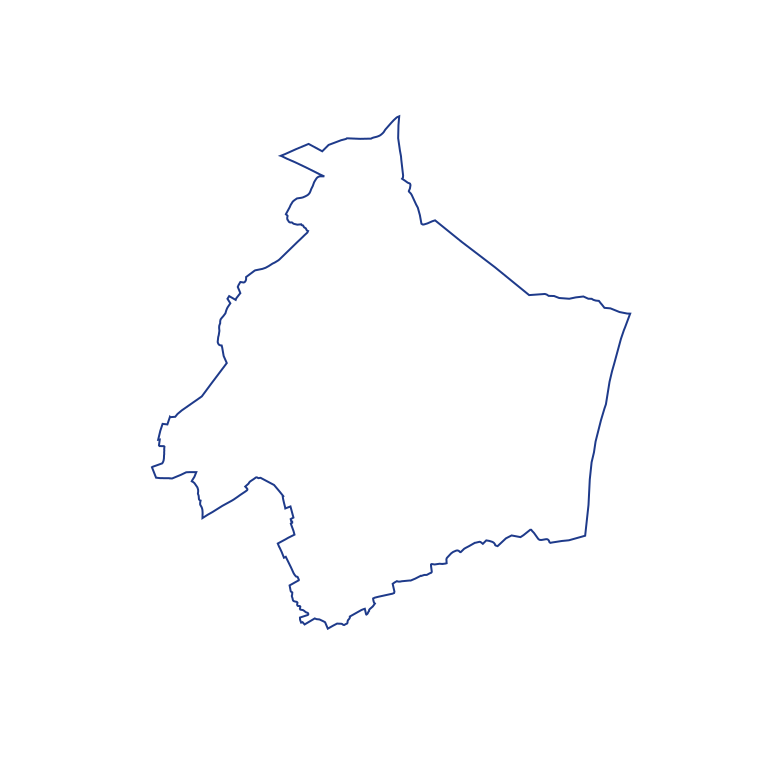 Chau Thanh, Hau Giang, Vietnam (Equal Earth projection), rotated 52°
{"feature_id": "81297802B83209776142835", "entity_name": "Chau Thanh", "entity_type": "district", "adm_level": 2, "iso_a3": "VNM", "parent_name": "Vietnam", "parent_adm1": "Hau Giang", "projection": "equal_earth", "projection_center": [105.811, 9.921], "detail": "fine", "context": "isolated", "style": "outline", "palette": "blue", "viewbox_px": 768, "rotation_deg": 52, "n_neighbors": 0, "source": "geoboundaries", "source_scale": "gbopen_adm2", "svg_char_len": 6153}
<svg xmlns="http://www.w3.org/2000/svg" viewBox="0 0 768 768"><g transform="rotate(52 384 384)"><path d="M182.4,207.2L181.9,209.0L181.8,210.2L182.1,214.0L182.7,217.7L184.3,226.2L184.7,227.4L185.3,229.0L185.6,230.7L185.7,232.9L185.6,234.5L185.2,236.0L184.7,237.5L183.4,240.4L182.9,241.8L182.7,243.1L176.1,251.9L167.6,261.9L167.5,262.3L167.5,263.1L165.5,267.7L161.5,280.5L162.6,289.4L148.4,295.6L144.9,308.3L141.9,320.5L140.6,324.9L141.5,324.3L146.5,321.9L154.6,317.5L162.6,313.5L165.0,312.3L179.1,305.6L183.7,303.2L183.1,303.8L181.0,306.5L180.4,307.8L180.2,309.3L180.4,310.6L181.2,312.9L182.0,314.9L184.1,318.2L185.5,321.2L186.8,323.3L187.6,324.8L188.0,326.4L188.1,327.9L187.7,330.4L187.0,333.1L186.3,334.6L184.2,338.3L184.0,341.5L184.1,343.6L185.5,347.4L186.6,349.4L189.8,356.8L191.3,356.5L192.2,356.5L193.1,357.6L193.9,358.3L195.0,358.9L195.8,358.8L197.4,359.1L198.2,358.9L199.0,358.5L199.6,357.5L200.4,356.9L201.1,356.9L202.2,356.5L205.1,354.2L207.2,350.9L208.0,351.1L208.4,350.9L208.7,350.5L209.3,350.2L211.3,350.5L213.2,349.8L215.2,350.2L216.3,350.0L216.7,349.7L217.5,351.2L217.8,355.1L218.4,360.6L218.8,365.0L221.5,389.8L221.5,391.3L221.0,395.5L220.5,397.7L220.1,402.2L219.5,405.8L218.4,409.0L215.1,415.6L215.0,416.7L214.8,426.8L216.7,428.3L217.5,429.5L217.9,430.9L217.7,432.0L215.2,434.4L216.5,437.7L217.5,439.5L218.7,439.8L222.4,440.8L224.0,441.3L224.2,442.4L225.4,447.2L225.7,448.0L226.4,449.1L219.4,451.9L220.5,454.9L225.8,455.4L227.3,460.0L227.9,461.3L228.9,463.0L230.7,465.5L231.6,468.9L232.0,471.1L232.5,473.0L233.3,474.0L234.2,474.9L235.2,475.6L236.3,477.4L236.8,478.1L238.3,479.4L240.8,481.0L243.8,484.2L244.9,485.7L248.5,489.2L250.1,489.8L251.6,489.8L252.9,489.1L253.7,488.2L255.9,489.2L263.2,493.1L270.7,495.0L277.5,520.4L277.7,521.1L281.6,535.2L280.3,559.6L280.5,565.2L281.3,568.7L278.7,572.6L278.3,572.9L278.1,572.9L282.5,579.6L279.1,583.0L283.1,589.0L288.9,596.3L289.7,594.9L293.8,599.1L294.7,599.1L297.5,595.7L298.2,595.6L300.2,597.5L300.8,597.8L302.6,599.4L304.0,600.4L304.5,601.0L307.1,603.2L308.5,604.7L309.3,605.9L310.0,607.6L307.9,614.0L306.8,617.2L306.7,618.1L317.5,621.3L320.4,618.3L326.4,610.8L326.6,610.8L328.0,609.1L330.5,600.1L331.8,594.2L333.8,591.4L337.9,586.2L340.4,590.5L341.8,594.4L342.3,595.4L343.9,594.7L345.4,594.4L347.3,594.5L350.6,594.7L352.9,595.6L353.6,596.1L354.5,596.8L355.9,598.2L357.3,598.6L358.2,599.0L360.0,600.2L361.0,600.8L361.9,600.8L362.7,600.7L363.0,600.4L364.2,601.8L364.9,602.4L365.7,603.0L366.3,603.2L368.5,603.5L369.9,603.9L371.4,604.6L372.6,605.4L373.9,606.3L377.9,609.6L378.5,603.3L379.3,598.0L380.5,586.4L382.2,576.0L382.5,573.6L382.8,568.7L382.9,565.8L383.4,559.1L383.4,557.4L383.2,556.8L382.8,556.4L382.0,556.3L379.4,556.5L379.1,552.0L378.6,550.9L378.4,549.5L378.5,547.7L378.7,545.3L378.8,542.5L379.1,541.9L379.4,541.6L380.8,541.0L381.1,540.6L381.7,539.3L382.0,539.0L395.9,532.8L403.8,532.5L410.3,532.4L410.2,533.0L412.5,534.3L415.9,535.9L420.2,537.8L421.3,538.4L422.9,533.1L433.5,537.6L433.0,540.7L435.5,541.8L435.9,541.1L436.8,541.7L436.7,543.4L444.1,545.8L447.6,547.3L446.2,554.2L445.8,557.1L444.3,565.9L447.8,566.9L448.3,566.9L453.5,568.1L459.3,569.8L459.7,567.8L471.2,570.2L477.4,571.7L479.1,571.9L480.4,571.9L481.6,571.8L482.7,570.9L483.0,570.9L485.4,571.5L486.0,571.7L486.2,572.1L485.6,575.8L484.6,582.4L489.7,585.0L490.5,585.1L491.3,584.7L491.8,584.6L493.1,585.8L493.7,586.3L494.1,587.0L494.7,587.4L495.4,587.6L496.5,588.0L497.9,588.7L498.5,588.9L499.3,588.9L500.7,588.0L501.8,587.0L502.4,586.8L503.0,586.8L504.4,588.3L505.2,588.6L505.9,588.5L506.8,587.4L507.3,587.0L507.9,587.0L509.4,588.7L510.3,588.8L512.2,587.1L513.8,586.5L515.0,586.3L515.9,586.0L517.3,585.1L517.9,585.0L518.5,585.2L519.0,585.6L519.1,586.3L516.3,594.0L517.8,595.1L518.7,595.5L521.0,596.2L521.5,594.8L524.6,594.6L526.1,582.9L527.0,582.4L527.8,581.9L529.8,579.8L534.0,577.7L535.5,577.1L542.2,578.9L543.1,572.8L543.9,568.5L546.8,565.1L547.5,564.7L548.7,564.4L549.4,563.8L549.7,561.7L550.0,560.8L549.7,559.8L548.6,558.8L548.0,557.9L547.6,555.8L547.0,554.6L546.2,554.1L548.2,540.9L548.8,538.9L549.3,537.5L554.0,539.7L554.7,539.9L554.9,539.8L554.9,538.7L554.6,537.8L554.1,537.0L553.7,535.5L553.0,535.0L552.6,533.8L552.4,529.8L551.4,526.3L550.3,526.5L549.1,526.1L547.2,525.2L546.3,524.6L546.7,522.8L548.2,519.4L554.5,506.3L554.9,504.7L554.0,503.6L546.8,500.2L546.9,497.8L547.3,495.2L548.3,494.6L549.6,493.0L550.4,491.4L554.3,485.3L555.3,484.0L556.6,479.2L557.8,473.0L558.2,472.8L559.3,469.7L560.3,468.5L560.8,467.7L561.3,464.7L561.8,462.9L561.5,462.1L561.0,461.7L556.4,459.0L555.2,458.1L555.1,457.7L555.3,457.2L557.4,455.2L559.9,450.8L561.5,449.1L561.8,448.6L562.0,448.5L562.4,447.7L563.3,446.2L563.8,445.0L560.5,442.7L559.9,441.8L559.7,441.1L558.8,435.3L558.9,432.9L559.7,429.8L560.2,428.8L561.0,428.1L561.6,427.8L563.3,427.5L563.7,427.1L563.6,426.0L563.2,422.3L563.4,420.7L564.1,416.9L565.1,410.1L565.3,409.9L567.2,405.8L568.0,405.2L570.8,404.5L570.2,399.7L572.5,397.6L575.3,395.7L576.8,395.2L578.4,395.2L579.5,395.6L580.1,395.4L581.7,394.3L580.7,382.9L581.9,376.7L588.7,370.7L589.0,367.2L588.9,358.5L589.6,357.7L590.5,357.8L593.7,357.5L600.3,357.8L601.2,357.8L601.9,357.6L602.5,357.4L603.5,356.4L604.0,355.7L605.8,352.3L606.3,351.5L606.9,350.9L607.6,350.6L608.2,350.5L608.9,350.5L610.6,351.0L611.6,350.7L612.4,349.1L617.2,340.5L621.0,334.5L627.4,318.9L605.2,297.3L585.9,280.6L573.5,268.6L567.1,260.6L559.6,252.7L546.1,235.3L539.0,225.3L536.6,221.6L521.1,204.9L514.3,196.4L510.0,190.5L494.3,169.5L489.2,161.7L487.9,159.4L480.1,146.7L478.2,149.0L472.3,154.1L463.8,159.0L459.7,163.4L455.6,163.4L454.0,163.5L450.8,163.5L448.7,165.7L446.6,167.2L444.7,167.9L442.6,170.5L437.8,173.0L433.8,179.6L430.9,185.5L424.1,193.0L419.4,195.8L415.9,200.0L413.7,200.7L412.1,201.8L403.3,214.9L360.3,224.7L319.8,235.3L286.5,243.0L285.5,245.7L284.2,250.9L282.8,254.5L282.0,255.4L280.7,255.8L273.1,251.8L265.9,248.8L262.4,248.2L252.2,245.8L250.5,245.6L247.6,245.9L247.2,245.6L245.9,243.2L243.7,240.8L243.0,240.4L242.2,240.2L241.7,240.3L240.5,241.1L239.5,241.5L236.7,242.3L233.4,243.4L233.0,242.0L231.5,240.6L217.9,232.3L215.0,230.4L210.0,227.8L199.0,221.5L189.0,213.3L182.4,207.2Z" fill="none" stroke="#1e3a8a" stroke-width="2"/></g></svg>